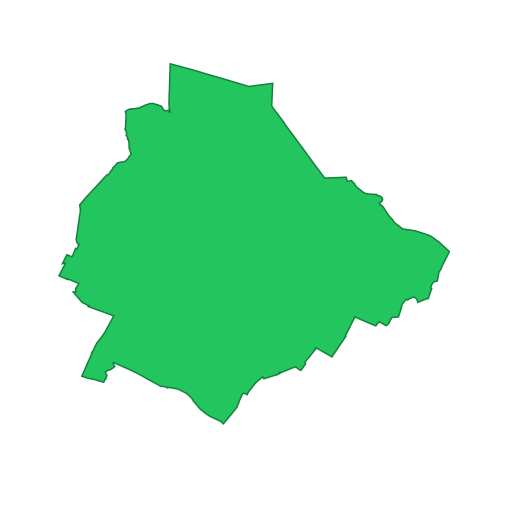 Oldenzaal, Overijssel, Netherlands, rotated 197°
{"feature_id": "6326949B73980764078064", "entity_name": "Oldenzaal", "entity_type": "district", "adm_level": 2, "iso_a3": "NLD", "parent_name": "Netherlands", "parent_adm1": "Overijssel", "projection": "albers", "projection_center": [6.914, 52.308], "detail": "fine", "context": "isolated", "style": "filled", "palette": "green", "viewbox_px": 512, "rotation_deg": 197, "n_neighbors": 0, "source": "geoboundaries", "source_scale": "gbopen_adm2", "svg_char_len": 5956}
<svg xmlns="http://www.w3.org/2000/svg" viewBox="0 0 512 512"><g transform="rotate(197 256 256)"><path d="M394.2,414.7L394.1,414.4L393.8,413.4L392.6,408.9L391.9,406.1L390.8,402.1L389.6,397.6L388.4,393.3L387.5,390.1L386.5,386.0L383.6,375.7L383.4,375.7L383.1,374.8L382.4,372.3L381.7,371.3L381.7,371.1L381.0,370.1L380.1,368.6L381.6,368.4L382.1,369.3L382.5,369.7L385.1,368.2L386.9,368.8L387.8,369.3L388.5,370.0L389.3,370.9L390.3,371.5L391.5,371.8L392.7,371.7L394.3,371.5L394.3,371.9L395.6,371.8L399.1,371.8L400.1,371.5L401.8,370.8L402.6,370.4L405.1,368.5L405.3,368.5L406.4,367.5L410.0,364.3L410.9,363.5L414.1,361.9L415.7,361.2L417.2,360.6L418.3,360.2L418.2,360.0L418.7,359.8L419.6,359.7L420.0,359.4L420.6,358.9L421.2,358.4L423.3,356.0L421.6,353.4L421.4,352.6L418.0,339.2L418.4,338.9L417.7,338.3L416.7,337.3L415.6,335.4L415.4,333.3L414.1,332.6L413.7,332.1L413.5,331.8L413.0,330.2L412.4,330.3L412.2,330.0L410.9,327.8L410.0,325.9L409.8,325.0L409.8,324.6L409.5,324.5L409.4,324.3L409.3,323.6L408.7,321.6L408.3,321.2L408.0,320.8L407.2,319.7L406.4,318.4L406.0,318.1L405.8,317.7L405.3,317.1L405.1,316.7L405.5,315.8L406.1,314.9L406.5,314.2L406.5,313.2L407.3,311.0L407.8,310.0L408.2,309.2L408.7,308.6L409.3,308.0L410.4,307.1L411.9,306.6L412.7,306.3L414.3,305.4L414.8,305.1L416.2,303.9L416.5,303.2L416.6,302.5L417.0,301.3L418.3,299.2L418.8,298.1L418.7,297.5L418.9,297.0L419.0,296.0L420.0,293.9L420.7,290.9L422.4,289.8L425.8,282.7L426.7,280.9L432.5,268.9L433.8,266.2L435.3,263.3L439.6,253.3L438.7,251.5L438.4,250.9L438.0,250.1L437.6,249.6L437.4,249.3L437.6,249.0L437.4,248.8L437.2,248.3L437.1,247.8L436.5,243.5L436.3,242.0L436.0,240.4L435.6,237.5L435.4,236.1L434.9,232.9L434.1,228.0L433.7,225.0L433.3,222.5L432.8,219.2L432.7,218.9L432.5,218.5L431.1,216.5L430.9,216.2L430.7,216.0L430.5,215.9L428.7,215.5L428.9,214.7L428.9,214.3L429.3,210.5L429.3,210.2L430.2,210.2L430.8,210.4L430.8,208.9L431.6,201.8L432.2,201.5L437.2,201.9L437.6,199.5L437.8,198.4L438.9,192.0L437.7,192.7L436.7,193.1L436.1,193.2L438.6,179.5L433.6,178.9L429.1,178.4L428.9,179.1L424.3,178.6L417.5,177.9L417.5,176.8L417.8,175.8L418.1,175.1L418.4,174.3L418.6,173.2L418.9,172.2L418.5,170.4L418.2,169.9L417.7,169.3L419.1,168.7L419.9,168.3L420.3,168.1L418.8,167.2L408.8,160.8L400.8,159.5L401.5,158.6L374.5,157.2L375.5,152.4L376.9,145.2L377.2,144.5L378.1,139.4L379.5,134.8L380.3,132.7L382.8,126.2L384.3,116.8L384.5,116.8L384.8,115.2L384.3,115.2L384.6,113.8L384.9,111.1L385.3,107.8L385.3,107.5L385.5,106.7L385.6,105.9L387.4,90.1L381.2,90.0L373.1,90.7L371.3,90.6L364.7,90.7L364.3,93.8L364.1,94.1L363.8,94.1L363.6,97.8L363.6,98.2L364.0,98.6L364.4,99.2L364.8,99.3L365.1,99.8L365.4,100.0L365.7,100.2L366.1,100.9L366.2,101.0L364.5,103.0L361.7,105.0L358.7,108.9L361.5,111.9L360.9,112.5L359.5,112.3L358.0,112.1L348.9,111.0L344.4,110.5L341.6,110.1L337.3,109.4L335.5,109.1L328.4,107.7L327.5,107.5L324.7,106.9L321.2,106.1L309.5,103.7L309.1,103.7L308.7,103.7L308.4,103.7L307.9,103.9L307.7,104.1L306.6,104.1L304.3,104.3L302.3,104.5L302.1,104.0L301.9,104.3L301.7,104.5L301.0,104.7L299.9,104.9L298.0,105.2L295.2,105.6L293.6,105.7L291.9,105.8L290.9,105.8L282.7,104.4L281.9,104.1L280.2,103.4L279.1,102.9L278.0,102.3L277.0,101.8L275.9,101.1L273.7,99.6L273.8,99.1L273.4,98.9L272.4,98.3L271.2,97.8L271.3,97.6L265.7,94.0L264.7,93.4L264.4,93.2L264.1,93.0L262.6,92.5L260.7,91.7L257.2,90.4L254.2,89.5L252.0,89.0L249.8,88.7L247.8,88.4L246.7,88.3L244.2,88.0L241.8,87.6L241.2,87.4L239.2,86.5L238.1,86.0L233.7,96.6L230.6,104.2L230.2,105.4L229.9,106.6L229.8,107.8L229.7,109.3L229.6,111.5L229.6,112.1L229.3,114.6L228.7,119.2L228.2,121.0L227.9,121.2L227.7,121.3L223.9,120.8L223.8,121.4L223.9,121.5L224.0,121.7L223.1,124.6L222.7,125.8L222.2,127.1L220.3,131.9L219.7,133.4L219.0,134.9L218.1,136.5L214.4,142.2L214.3,142.3L214.2,142.4L212.6,140.9L206.2,145.3L201.2,148.6L200.9,148.7L198.6,151.2L199.4,151.4L196.9,152.7L188.0,159.9L185.9,161.6L180.4,159.6L180.4,159.3L180.1,160.1L179.5,159.9L178.1,163.9L177.9,164.8L177.3,166.5L177.0,167.4L177.5,167.6L178.2,168.6L173.5,180.1L171.6,185.0L172.1,185.1L171.8,185.8L160.7,183.3L153.9,181.7L146.6,205.5L147.2,205.6L143.6,226.7L139.4,226.1L121.1,224.2L120.9,224.4L120.0,227.2L119.8,227.5L119.6,227.8L118.7,228.7L119.0,228.9L118.6,229.3L117.6,228.9L111.2,227.4L110.5,228.4L109.7,229.3L109.4,230.0L108.2,236.3L107.8,237.1L107.2,237.4L105.6,237.8L101.9,239.4L101.9,241.4L101.8,246.5L101.9,250.4L102.1,252.7L99.8,258.4L99.8,258.6L99.2,258.5L98.0,258.2L97.8,259.0L93.7,262.7L93.6,262.8L93.3,262.8L92.8,262.8L91.8,262.6L90.9,262.3L90.3,262.1L89.9,261.9L89.6,261.6L88.3,260.0L87.8,259.0L80.3,265.0L79.7,265.3L79.3,265.4L78.8,265.5L78.5,276.3L79.7,276.4L79.5,280.4L79.3,281.2L78.4,283.2L77.5,283.8L76.7,284.3L75.4,284.9L75.5,286.0L75.4,286.0L75.8,289.8L76.3,294.0L75.6,296.6L75.3,297.9L75.1,299.3L75.1,300.4L75.1,300.8L73.8,308.1L72.4,316.5L72.5,316.8L85.1,322.9L94.7,326.1L95.0,326.0L95.5,326.1L95.7,326.3L111.2,326.7L112.7,326.4L122.7,324.9L123.7,324.9L124.8,325.2L126.8,326.0L133.8,328.6L135.6,330.4L141.1,333.6L149.1,340.4L151.1,341.3L151.2,341.2L151.3,341.3L151.5,341.3L151.9,341.3L152.4,341.1L153.5,342.8L152.3,343.5L152.2,344.3L151.6,345.4L151.5,345.9L151.4,346.2L151.5,346.7L151.7,346.8L151.8,347.1L151.6,347.6L151.9,347.8L152.1,348.3L152.5,348.4L152.9,348.9L153.9,349.4L154.6,349.5L155.5,349.7L155.8,349.6L156.5,349.5L158.9,349.6L158.8,350.1L160.4,349.7L166.0,348.3L167.4,348.0L168.7,347.9L170.1,347.8L170.9,348.1L172.5,348.4L173.8,348.9L176.6,350.1L179.5,351.2L180.8,352.0L182.0,352.9L183.1,354.1L186.0,355.4L186.7,356.2L190.4,353.9L192.8,357.7L213.1,350.6L216.7,353.2L222.9,357.8L226.1,360.1L232.5,364.9L234.5,366.4L235.3,366.9L237.4,368.6L239.3,370.1L243.0,372.8L244.3,373.8L246.1,375.1L250.9,378.6L252.6,379.9L263.4,387.9L266.2,390.0L268.0,391.4L268.0,391.7L275.5,397.1L284.2,403.5L284.9,404.3L288.9,419.7L290.5,426.0L303.7,420.0L309.3,417.4L311.4,416.4L312.3,416.1L316.4,416.0L336.4,415.9L355.4,415.6L371.0,415.5L383.2,415.1L394.2,414.7Z" fill="#22c55e" stroke="#15803d" stroke-width="1.5"/></g></svg>